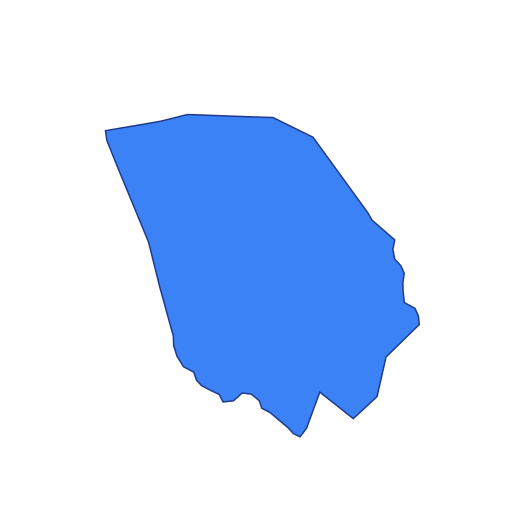 Pindoba, Alagoas, Brazil (Albers equal-area conic projection), rotated 235°
{"feature_id": "56859067B20110323739733", "entity_name": "Pindoba", "entity_type": "district", "adm_level": 2, "iso_a3": "BRA", "parent_name": "Brazil", "parent_adm1": "Alagoas", "projection": "albers", "projection_center": [-36.301, -9.475], "detail": "fine", "context": "isolated", "style": "filled", "palette": "blue", "viewbox_px": 512, "rotation_deg": 235, "n_neighbors": 0, "source": "geoboundaries", "source_scale": "gbopen_adm2", "svg_char_len": 764}
<svg xmlns="http://www.w3.org/2000/svg" viewBox="0 0 512 512"><g transform="rotate(235 256 256)"><path d="M445.0,204.6L436.2,200.1L404.8,192.8L329.1,176.0L285.1,159.1L237.7,142.3L229.8,137.1L219.3,133.8L206.8,133.1L196.5,138.4L188.4,136.0L180.9,137.1L171.5,142.0L163.7,146.4L155.3,145.3L150.3,154.5L151.7,166.1L145.6,172.9L135.6,175.7L127.9,173.4L119.5,177.8L108.7,180.6L96.7,183.8L89.0,184.8L82.6,188.4L85.9,198.5L107.9,230.2L67.0,242.4L71.4,274.5L98.7,304.6L106.2,350.4L113.4,354.5L122.0,356.2L132.8,350.8L142.5,356.1L150.0,361.1L156.8,367.5L164.8,369.1L174.0,367.9L182.9,371.9L189.6,378.9L218.8,371.6L227.4,372.4L320.6,370.8L359.7,349.3L376.4,327.0L404.5,289.9L411.2,281.0L421.2,254.9L445.0,204.6Z" fill="#3b82f6" stroke="#1e3a8a" stroke-width="1.5"/></g></svg>